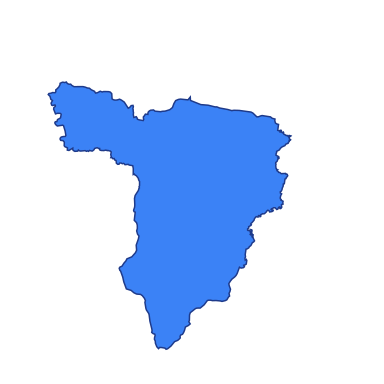 the district of Kueneng, Berea, Lesotho, rotated 73°
{"feature_id": "5366337B11149165517433", "entity_name": "Kueneng", "entity_type": "district", "adm_level": 2, "iso_a3": "LSO", "parent_name": "Lesotho", "parent_adm1": "Berea", "projection": "orthographic", "projection_center": [27.999, -29.014], "detail": "fine", "context": "isolated", "style": "filled", "palette": "blue", "viewbox_px": 384, "rotation_deg": 73, "n_neighbors": 0, "source": "geoboundaries", "source_scale": "gbopen_adm2", "svg_char_len": 6027}
<svg xmlns="http://www.w3.org/2000/svg" viewBox="0 0 384 384"><g transform="rotate(73 192 192)"><path d="M332.0,269.8L331.2,268.4L331.9,266.4L333.4,263.5L334.8,262.8L334.8,261.2L333.2,257.2L330.0,252.4L329.7,249.0L328.7,246.8L328.1,245.9L326.5,245.6L325.5,244.7L325.3,242.7L324.0,241.2L322.1,239.6L319.2,237.8L318.6,234.5L317.6,232.3L315.1,233.0L314.2,232.1L308.8,230.3L306.9,228.9L304.7,223.3L304.4,222.0L304.7,220.2L305.4,218.1L303.4,213.3L300.3,209.1L300.3,207.9L300.9,205.9L301.9,204.1L302.8,200.8L304.4,196.9L305.4,195.3L305.6,191.9L305.3,190.2L303.1,187.8L302.5,186.5L299.7,186.2L298.4,184.9L296.2,183.6L292.7,183.8L290.4,183.6L288.6,181.6L287.0,179.3L285.7,176.0L284.7,174.3L283.2,172.7L277.8,168.6L279.1,167.3L279.4,165.0L278.8,163.7L277.2,163.9L277.2,162.4L276.8,161.2L273.5,159.6L272.3,159.8L272.7,161.0L270.7,160.7L269.7,159.8L267.4,159.4L262.5,157.1L262.5,155.8L262.0,154.0L261.1,153.2L260.4,151.3L258.1,149.1L257.8,147.7L257.0,146.5L253.6,147.0L253.1,146.8L253.0,147.4L252.4,147.7L252.1,147.6L251.4,146.3L250.7,146.1L250.5,146.6L250.9,147.0L250.1,148.5L249.5,148.8L249.0,148.2L250.0,147.1L249.9,146.8L248.6,146.7L247.8,147.9L247.5,147.6L247.6,147.1L247.2,146.2L246.1,145.8L245.6,146.0L245.2,146.7L246.3,146.7L246.7,147.3L246.0,148.5L245.3,148.4L245.1,149.8L244.8,150.0L243.5,149.6L243.0,148.2L241.7,147.9L241.2,145.4L240.6,144.8L239.9,145.2L239.3,144.8L238.9,143.7L237.1,140.9L235.7,140.0L234.3,137.8L235.3,136.2L234.0,135.3L234.4,134.3L235.5,134.2L235.5,133.6L235.1,133.2L234.5,133.4L233.7,132.8L233.8,131.9L233.3,131.0L233.8,130.0L233.9,129.0L232.8,126.8L231.8,125.6L231.6,124.8L232.4,123.8L233.8,123.6L234.1,121.4L233.9,120.2L233.2,119.6L232.2,121.4L231.8,121.5L231.3,120.9L231.3,119.8L230.9,118.5L231.4,117.1L233.5,116.1L233.5,115.0L232.1,113.7L231.8,112.8L232.2,112.3L232.7,112.7L233.4,112.8L233.7,112.5L233.7,111.7L232.8,110.6L230.3,110.2L230.1,109.8L230.2,108.5L228.8,108.3L227.5,107.6L225.8,109.3L225.3,108.9L224.3,109.5L223.3,109.3L221.2,108.1L220.0,106.8L218.8,107.8L217.6,107.5L217.3,106.4L216.0,105.2L214.5,104.4L213.2,103.2L211.0,102.3L211.1,101.3L206.8,99.3L206.7,98.2L205.6,97.5L205.2,96.5L204.4,95.7L203.0,95.8L202.5,96.2L202.5,96.9L201.6,97.1L200.5,101.4L198.9,102.4L198.6,103.4L197.4,103.7L196.5,104.5L195.8,104.3L195.7,103.8L195.2,104.5L194.4,104.4L193.8,104.7L191.2,104.2L189.9,103.5L189.3,103.7L188.3,103.3L187.5,101.6L185.7,100.3L185.2,99.0L184.8,99.1L184.8,99.7L184.4,99.9L184.1,98.7L183.5,98.8L181.4,100.9L179.8,100.3L179.1,99.6L177.9,99.2L177.3,96.1L176.0,94.6L175.2,92.6L174.8,89.6L173.7,88.3L173.5,85.8L172.9,85.5L172.0,84.1L171.1,84.0L171.2,82.8L170.9,82.4L169.6,83.3L168.6,83.2L167.4,82.0L167.5,81.3L167.3,81.0L166.3,82.6L166.5,83.0L167.4,83.2L167.4,83.6L166.7,83.8L165.6,84.6L165.6,85.4L164.2,86.5L163.8,87.1L162.9,87.4L161.8,87.0L161.3,87.2L161.7,88.3L160.8,89.0L160.3,90.3L159.6,90.0L159.8,88.7L159.2,88.6L158.8,89.3L158.9,90.9L158.1,92.0L152.7,89.5L151.7,91.0L150.5,92.0L148.1,92.0L146.5,91.3L145.0,93.7L143.1,95.0L139.4,102.6L139.3,104.0L139.5,106.4L139.1,108.0L134.3,110.7L132.8,112.2L127.8,123.0L126.1,128.0L125.8,130.2L123.6,133.6L119.7,141.1L117.9,143.3L117.4,145.0L113.7,151.2L111.0,158.0L104.0,166.7L100.7,165.9L102.7,168.9L99.8,175.8L99.5,177.9L99.8,180.9L102.1,183.4L105.5,186.0L106.8,189.2L106.8,194.1L106.1,197.0L106.1,198.4L103.9,203.7L102.3,204.8L101.7,207.7L102.1,209.3L102.7,210.4L103.7,211.1L104.9,211.5L103.9,213.8L105.2,215.3L105.9,216.5L107.1,216.9L108.4,216.9L109.4,217.8L107.7,221.2L106.5,222.9L104.9,222.9L103.7,223.3L103.7,225.8L100.8,225.5L98.9,224.7L97.3,224.6L96.4,224.2L95.1,224.2L93.2,223.1L91.9,223.1L91.6,224.9L92.9,226.9L93.2,228.5L86.2,230.5L83.4,232.7L82.1,234.1L82.1,236.6L81.8,238.1L81.4,239.2L80.6,240.4L79.6,241.2L74.5,240.0L72.6,240.9L71.7,242.3L70.7,245.2L70.1,247.2L70.1,248.6L68.8,250.3L69.4,253.3L69.2,255.3L67.2,255.8L64.7,258.5L62.8,259.7L61.9,261.7L60.6,263.3L59.3,265.5L56.8,274.0L54.9,275.8L53.4,276.5L53.0,278.1L51.8,279.5L50.1,280.0L50.1,281.8L49.2,283.4L49.2,284.5L49.5,286.4L50.7,286.8L52.6,288.6L54.0,291.1L54.5,292.4L56.3,292.9L57.0,293.9L56.1,296.4L56.3,297.6L56.0,300.1L56.8,301.0L59.0,299.8L62.0,299.9L63.8,298.7L65.8,300.8L67.9,300.8L68.5,300.1L68.7,297.6L69.3,297.4L70.2,297.7L70.9,299.4L72.3,300.1L77.4,299.7L77.4,297.6L78.2,295.2L78.6,294.7L79.5,294.4L82.5,296.0L82.9,296.8L83.4,299.4L85.2,300.7L84.8,302.1L85.8,303.0L87.6,302.7L89.5,301.5L90.3,296.1L91.0,295.5L96.5,295.5L101.1,296.1L101.8,296.9L101.3,299.1L101.2,301.0L101.9,302.2L102.8,302.7L104.2,302.5L105.2,300.3L106.4,299.7L107.2,299.6L110.4,300.7L111.5,300.3L113.4,298.2L115.5,299.0L116.3,297.5L115.2,293.2L116.5,293.6L117.6,293.4L118.9,292.1L119.5,289.3L118.6,288.4L119.8,287.5L120.3,286.5L121.2,282.1L122.2,281.1L122.2,279.7L122.9,279.0L122.3,277.8L123.3,276.3L123.7,275.2L122.9,273.3L121.9,272.4L121.9,269.8L123.0,268.6L123.4,267.6L124.3,268.0L125.2,267.6L125.9,266.3L126.6,264.2L126.8,262.1L127.7,260.9L127.6,260.4L129.1,258.0L130.2,257.6L132.6,258.8L134.5,258.8L135.4,259.6L135.9,258.4L137.1,257.9L137.2,256.7L139.0,256.4L139.7,255.4L142.4,255.9L143.8,254.9L144.1,253.7L143.2,252.7L143.6,251.3L144.6,250.4L144.6,249.2L145.1,248.6L146.3,248.1L146.9,244.9L147.8,244.3L149.5,241.0L152.4,241.3L158.1,243.1L157.9,242.0L159.0,241.6L160.2,240.4L163.4,239.3L164.7,239.5L166.7,239.1L170.8,240.4L171.5,241.1L172.7,241.1L172.9,241.6L174.8,242.8L178.7,247.4L181.4,248.9L187.7,250.5L189.7,251.3L192.4,253.2L193.8,253.2L194.7,252.2L202.2,255.5L205.2,254.0L207.6,254.0L210.8,254.9L213.0,256.3L216.4,256.4L218.6,255.6L221.2,257.0L226.5,260.9L231.5,262.0L233.5,263.8L236.4,268.5L236.9,273.8L238.6,275.4L240.0,277.7L242.5,280.7L242.7,282.8L243.6,283.9L245.9,283.9L246.7,283.4L253.0,283.1L258.0,283.5L265.5,283.1L268.3,279.0L271.4,277.0L273.4,274.8L274.9,271.1L276.6,269.8L279.7,268.6L282.2,268.3L283.8,269.3L289.7,270.1L291.4,270.1L295.5,268.9L296.9,268.9L303.2,270.0L311.6,270.5L313.1,270.8L314.5,271.6L316.2,270.5L317.0,269.2L318.4,269.2L320.5,270.5L321.9,271.0L323.7,270.7L326.0,271.2L329.7,270.9L332.0,269.8Z" fill="#3b82f6" stroke="#1e3a8a" stroke-width="1.5"/></g></svg>